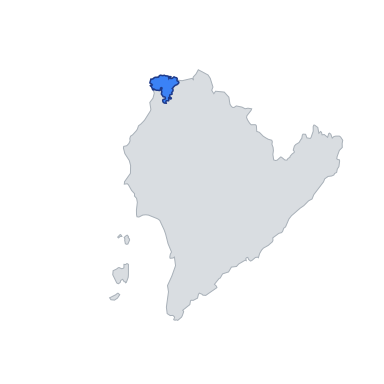 Cádiz on a map of Spain (Equal Earth projection), rotated 128°
{"feature_id": "ESP-5812", "entity_name": "Cádiz", "entity_type": "Autonomous Community", "adm_level": 1, "iso_a3": "ESP", "parent_name": "Spain", "parent_adm1": "", "projection": "equal_earth", "projection_center": [-5.7, 36.526], "detail": "fine", "context": "in_parent", "style": "filled", "palette": "blue", "viewbox_px": 384, "rotation_deg": 128, "n_neighbors": 0, "source": "natural_earth", "source_scale": "10m", "svg_char_len": 5848}
<svg xmlns="http://www.w3.org/2000/svg" viewBox="0 0 384 384"><g transform="rotate(128 192 192)"><path d="M202.9,99.2L202.9,100.1L204.5,101.7L209.2,102.7L210.4,103.4L210.3,105.8L209.2,107.8L210.2,108.6L211.3,108.6L212.7,107.0L213.0,108.1L215.2,109.0L220.0,110.9L223.3,111.1L226.9,114.7L232.5,114.0L237.7,117.5L242.4,116.8L243.5,117.4L250.9,117.5L251.2,114.7L252.0,113.5L265.0,117.5L266.6,119.9L266.4,121.1L267.2,124.0L268.8,123.9L272.2,122.3L276.6,124.3L277.8,126.0L278.7,126.2L282.0,124.4L290.9,126.5L291.2,125.1L291.9,124.7L295.5,123.5L297.1,123.2L301.9,124.2L302.5,125.8L303.5,126.4L303.9,127.8L301.2,128.7L301.0,131.1L302.8,133.1L303.1,136.7L298.5,141.3L285.1,149.1L280.8,153.7L270.7,156.1L260.2,159.6L254.1,165.8L255.7,166.3L257.7,168.4L257.0,169.4L254.3,170.8L251.9,171.2L247.5,179.0L241.3,187.0L239.0,190.6L234.2,200.0L234.3,202.7L237.0,212.1L238.5,214.5L240.5,216.6L244.4,218.4L245.4,220.1L244.1,221.7L240.4,224.7L233.8,228.7L231.1,231.8L230.6,234.9L228.7,236.2L228.0,240.5L225.5,246.4L225.3,248.0L227.5,250.2L225.4,251.5L215.2,252.0L208.9,256.7L205.8,260.8L203.1,268.5L199.6,273.1L198.1,273.9L195.7,271.9L192.7,271.6L189.8,272.3L188.2,273.9L185.9,274.8L183.5,274.0L178.5,273.6L176.2,273.7L172.8,274.9L169.7,274.1L164.7,273.6L153.7,274.7L152.3,275.2L147.4,280.4L142.1,280.5L137.3,282.6L134.1,287.7L133.4,290.4L132.5,289.8L131.7,290.0L131.4,292.1L128.0,293.4L124.3,291.7L121.2,289.2L119.5,289.0L116.9,285.0L115.8,282.5L115.0,279.8L114.9,277.9L112.6,276.9L112.0,274.4L113.7,271.2L116.0,269.4L113.9,269.5L112.3,271.6L110.4,268.3L102.4,261.9L102.9,259.6L101.5,261.3L100.6,261.8L96.5,261.5L91.8,262.3L89.9,251.4L91.2,247.6L96.4,240.1L99.7,239.1L101.1,235.3L98.1,235.5L93.4,228.1L94.6,221.3L99.4,216.2L100.2,214.1L100.4,212.2L99.5,210.9L96.9,210.1L94.3,204.8L93.7,201.4L91.5,199.5L89.7,196.2L91.4,195.7L98.1,195.7L99.7,194.9L101.0,192.6L102.3,189.0L102.6,186.8L100.0,183.6L99.9,182.9L100.3,181.9L104.4,178.3L103.5,175.7L104.2,170.2L103.9,167.0L103.5,164.4L102.1,161.0L103.0,159.6L105.2,158.4L106.9,155.6L109.3,153.3L112.6,151.4L116.4,147.4L115.8,145.6L114.5,144.5L109.8,143.7L109.5,142.9L109.6,138.5L108.4,136.8L106.7,137.0L104.1,136.2L103.5,136.7L100.2,136.5L97.9,135.8L97.0,136.4L96.7,138.0L92.8,139.6L90.7,139.5L87.1,138.1L83.1,138.6L82.6,138.3L79.2,140.1L78.0,140.1L76.6,138.0L78.6,134.8L77.0,131.8L75.9,131.7L69.5,133.9L65.8,136.8L64.3,137.2L63.8,136.6L63.7,132.6L67.6,128.2L65.1,127.9L65.3,126.6L66.9,124.7L65.3,123.2L65.4,118.8L61.9,120.2L61.0,120.0L61.0,118.2L63.2,114.7L60.9,114.3L59.3,113.0L57.2,110.2L57.2,108.7L58.4,105.1L61.4,103.5L64.4,101.0L68.5,101.5L74.6,99.5L76.7,98.4L76.6,96.9L75.9,95.8L76.6,94.8L81.5,91.9L84.5,91.6L87.5,90.1L89.6,91.0L91.3,90.7L93.4,91.8L96.0,94.4L99.9,95.5L103.1,94.6L119.1,94.4L123.6,93.1L127.2,94.7L134.0,95.5L138.1,96.8L149.5,99.0L153.6,99.0L161.9,96.8L164.1,97.4L167.4,96.3L169.0,96.5L171.1,98.1L178.4,100.1L180.3,98.4L181.7,98.0L187.0,99.0L192.3,101.2L195.0,101.4L199.0,100.8L202.9,99.2ZM303.5,192.9L305.5,193.7L307.5,192.9L308.6,193.2L309.7,193.6L310.0,195.3L306.0,203.5L302.6,205.7L299.1,204.0L297.1,203.5L296.4,202.9L295.8,200.2L294.9,199.4L293.6,199.0L290.9,201.1L290.1,199.7L288.8,199.4L288.2,198.6L288.2,197.5L296.3,191.2L298.6,189.7L303.6,188.1L304.4,188.4L303.8,189.3L304.5,190.2L303.5,192.9ZM326.8,189.5L326.1,191.8L319.8,188.8L317.8,188.4L317.3,188.0L317.4,185.7L321.5,185.4L324.9,186.5L326.8,189.5ZM270.3,215.9L269.6,217.5L266.5,216.9L265.8,216.3L266.4,214.4L267.3,214.2L267.3,212.9L268.2,211.6L272.5,210.5L273.5,211.4L273.8,212.7L271.3,215.5L270.3,215.9ZM273.5,222.4L273.1,222.8L269.7,222.4L269.6,221.4L270.2,219.9L271.5,221.3L273.4,221.6L273.5,222.4Z" fill="#d9dde1" stroke="#a8b0b8" stroke-width="1"/><path d="M133.9,290.3L133.5,290.3L133.3,289.7L133.0,289.4L132.5,289.2L132.1,289.2L132.1,289.5L131.9,289.7L131.8,290.0L131.8,290.4L131.9,290.8L131.8,291.0L131.9,291.4L132.0,291.7L132.1,291.9L132.0,292.2L131.9,292.4L131.7,292.5L131.3,292.7L129.2,293.5L128.9,293.7L128.3,293.9L127.9,293.1L127.1,292.6L126.7,292.3L126.2,292.4L125.8,292.3L125.4,292.0L124.5,291.8L124.2,291.5L123.8,290.8L122.5,289.4L122.1,289.1L121.6,289.1L120.7,289.3L119.6,288.9L119.1,288.2L118.7,287.3L118.2,286.5L117.1,285.8L117.0,285.5L116.9,285.0L116.8,284.5L116.6,284.0L115.9,283.2L115.4,282.0L115.1,281.2L114.7,280.2L114.2,279.9L114.1,279.6L114.3,279.5L114.5,279.5L115.1,280.2L115.3,280.4L115.2,280.7L115.3,280.9L115.7,281.3L115.9,281.2L116.1,281.1L116.3,280.7L116.7,280.2L116.2,280.3L115.8,280.3L115.6,279.8L115.8,279.0L115.6,278.5L114.6,277.5L114.4,277.4L113.0,277.3L112.6,277.2L112.3,276.9L112.1,275.8L111.9,275.3L111.6,274.8L111.5,274.3L111.6,273.8L111.9,273.3L112.3,273.1L113.1,272.8L113.3,272.6L113.6,272.0L113.4,270.9L113.5,270.2L114.2,269.6L115.7,269.7L117.2,270.2L118.3,270.9L120.9,271.3L121.6,271.1L122.6,271.3L122.8,270.4L123.1,269.9L123.6,269.5L124.3,269.2L126.2,269.2L126.7,268.4L127.1,268.0L127.7,268.2L128.8,269.2L129.2,269.2L129.7,269.0L130.1,268.7L130.4,268.3L130.7,267.7L130.7,267.4L130.6,266.4L130.7,266.2L130.8,266.0L131.2,265.9L131.4,265.9L131.7,265.9L131.9,266.1L132.1,266.4L132.0,266.9L131.6,267.7L131.7,268.2L131.9,268.5L132.1,268.4L134.3,266.6L134.5,266.6L135.7,268.2L135.9,268.4L136.3,268.4L136.8,268.2L137.2,267.9L137.9,267.0L138.8,268.3L139.0,269.1L139.0,269.9L138.6,270.7L138.1,271.3L137.5,271.7L136.8,271.7L135.4,270.5L134.8,270.5L134.6,270.7L133.9,271.4L133.8,271.8L134.0,272.3L134.7,273.3L134.6,273.8L134.2,274.4L133.9,276.1L133.5,276.5L133.0,276.9L131.7,277.4L131.5,277.6L131.1,278.3L130.9,278.6L130.4,278.9L128.7,279.5L128.4,280.0L128.5,280.3L128.8,280.6L129.1,280.7L129.6,280.7L130.3,280.2L131.1,280.0L131.8,279.9L132.1,280.1L132.3,280.4L132.8,281.5L133.5,282.3L134.0,283.4L134.3,285.3L135.1,285.0L135.6,286.0L135.4,286.3L135.2,286.4L134.9,286.6L134.9,286.8L135.0,287.0L134.7,287.4L134.1,288.7L134.0,289.0L133.9,290.3Z" fill="#3b82f6" stroke="#1e3a8a" stroke-width="1.5"/></g></svg>